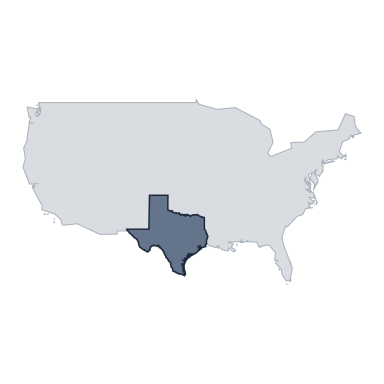 Texas highlighted on a map of United States of America
{"feature_id": "USA-3536", "entity_name": "Texas", "entity_type": "State", "adm_level": 1, "iso_a3": "USA", "parent_name": "United States of America", "parent_adm1": "", "projection": "natural_earth1", "projection_center": [-98.169, 31.172], "detail": "fine", "context": "in_parent", "style": "filled", "palette": "slate", "viewbox_px": 384, "rotation_deg": 0, "n_neighbors": 0, "source": "natural_earth", "source_scale": "10m", "svg_char_len": 9531}
<svg xmlns="http://www.w3.org/2000/svg" viewBox="0 0 384 384"><path d="M315.8,131.9L338.0,129.9L345.4,113.8L354.1,116.5L355.4,126.5L361.0,133.2L352.7,135.5L352.4,137.4L350.8,135.1L349.1,139.0L342.8,141.7L339.2,151.7L343.3,155.9L345.8,155.4L345.0,153.6L345.8,154.4L346.2,156.5L339.1,157.9L337.6,155.7L337.1,158.8L328.9,159.5L322.9,163.4L323.4,161.2L322.7,159.7L321.4,165.1L323.2,166.1L323.0,170.6L319.2,176.5L314.5,172.9L316.9,169.2L314.0,171.8L315.5,175.9L317.5,178.2L318.0,180.8L313.3,190.4L314.6,184.4L310.1,178.7L312.4,172.7L308.4,174.5L310.4,183.4L306.2,180.7L304.9,181.0L306.0,178.2L305.8,177.4L304.6,179.5L304.6,181.4L311.0,184.8L309.7,186.4L306.8,183.3L305.7,182.8L309.4,186.5L310.9,187.3L310.1,189.5L308.2,187.8L311.3,191.2L310.6,191.6L309.1,189.9L305.3,189.1L310.1,192.3L313.1,192.2L316.5,200.4L313.5,194.1L314.6,198.2L309.0,197.3L313.2,201.4L315.1,200.2L312.8,203.9L307.5,202.6L310.8,204.6L308.1,206.4L311.5,207.8L305.6,208.6L302.8,214.6L297.3,216.2L287.2,227.0L285.8,225.8L282.2,235.8L281.9,238.2L283.9,245.8L292.3,268.3L290.0,280.2L286.1,280.9L282.1,274.6L281.2,269.3L275.5,263.1L277.3,260.4L274.6,260.5L275.5,252.7L268.7,244.8L258.7,246.7L256.8,242.1L246.9,241.7L248.1,240.0L246.4,241.7L241.9,242.5L241.8,239.0L241.1,241.5L227.5,242.2L233.3,243.9L231.4,247.1L235.9,250.3L233.7,252.0L228.7,247.8L228.4,251.0L221.7,249.6L217.9,245.5L215.7,247.6L205.8,244.4L200.2,248.9L201.6,247.7L198.5,246.5L197.0,252.1L191.1,255.7L192.4,254.6L188.5,254.0L189.9,255.9L185.3,258.3L183.6,264.4L181.5,263.4L183.3,265.1L183.6,270.8L185.5,274.2L184.1,275.4L173.1,271.1L170.7,262.8L159.1,246.2L153.1,245.3L147.4,251.8L140.4,247.5L137.3,239.9L128.0,230.9L117.1,230.9L117.0,234.2L99.6,234.3L77.3,223.8L62.5,225.2L60.7,219.4L54.7,214.0L41.9,209.8L42.1,205.7L32.3,187.5L32.7,185.6L34.8,188.0L33.6,184.0L38.4,183.6L29.5,184.1L23.0,167.2L25.4,158.2L23.6,148.1L26.6,141.6L29.4,122.9L33.8,123.4L29.0,122.4L30.9,117.4L29.2,117.5L27.1,107.1L37.9,108.8L35.3,114.3L39.2,110.4L38.4,115.0L35.7,116.1L37.6,116.3L39.8,114.4L40.9,109.8L38.6,102.6L196.2,102.6L196.2,99.8L199.3,104.4L217.2,109.4L235.1,107.6L260.1,120.5L261.3,123.9L269.9,129.3L273.1,142.5L267.8,153.1L270.7,156.6L291.8,148.2L290.6,143.2L292.5,142.4L304.3,142.0L315.8,131.9ZM331.5,161.7L335.1,161.1L322.7,164.3L332.8,160.5L331.5,161.7ZM39.0,107.0L40.2,109.9L40.0,110.4L38.2,108.2L39.0,107.0ZM185.3,273.2L183.8,268.2L183.9,265.4L184.1,268.4L185.3,273.2ZM353.6,135.9L353.7,137.4L353.1,137.1L353.6,135.9ZM218.0,247.0L218.3,248.1L217.2,247.2L218.0,247.0ZM46.7,214.4L48.2,213.7L48.3,213.9L46.7,214.4ZM45.1,213.9L44.5,214.7L44.0,214.0L45.1,213.9ZM342.4,158.2L341.5,159.1L341.2,158.9L342.4,158.2ZM184.7,262.8L183.9,265.1L185.9,260.7L184.7,262.8ZM289.8,260.9L291.4,265.3L289.6,260.5L289.8,260.9ZM54.1,218.1L54.7,219.3L54.1,218.2L54.1,218.1ZM290.7,280.9L289.5,282.3L291.4,279.4L290.7,280.9ZM317.1,203.2L315.8,204.9L316.7,200.8L317.1,203.2ZM37.7,104.6L37.7,105.5L37.1,105.1L37.7,104.6ZM189.9,256.8L187.8,257.8L190.0,256.5L189.9,256.8ZM345.9,158.6L345.9,159.7L344.8,159.5L345.9,158.6ZM53.9,221.4L54.4,222.9L53.7,221.6L53.9,221.4ZM187.3,258.7L186.4,259.2L187.2,258.4L187.3,258.7ZM317.6,182.7L316.3,185.0L317.8,181.8L317.6,182.7ZM199.5,249.9L198.1,250.8L200.1,249.3L199.5,249.9ZM282.5,236.9L282.3,238.8L282.1,237.5L282.5,236.9ZM312.0,208.1L311.5,208.4L312.8,207.1L312.0,208.1ZM262.3,246.3L260.6,247.2L260.0,247.0L262.3,246.3ZM241.3,242.2L241.0,242.5L240.0,242.5L241.3,242.2ZM279.4,269.4L279.7,270.7L279.1,269.2L279.4,269.4ZM237.0,244.8L236.8,246.0L236.6,243.8L237.0,244.8ZM287.0,284.0L286.1,284.2L287.4,283.8L287.0,284.0ZM322.7,171.5L322.1,172.6L322.8,171.0L322.7,171.5ZM314.8,205.3L314.2,205.7L314.8,205.3Z" fill="#d9dde1" stroke="#a8b0b8" stroke-width="1"/><path d="M127.9,231.0L127.1,230.4L126.7,229.2L148.9,229.2L149.5,195.3L167.9,195.3L167.8,209.8L168.6,209.9L169.8,211.1L170.3,211.2L170.6,211.0L171.4,211.3L171.6,210.7L172.0,210.9L172.3,211.0L172.8,211.7L172.7,212.2L172.9,212.5L174.1,212.5L175.6,213.1L176.5,212.9L177.0,213.6L177.5,213.5L177.9,213.0L178.8,213.1L179.4,213.0L179.5,213.9L180.3,214.2L180.3,214.9L180.5,215.1L181.0,215.1L182.2,214.2L182.5,214.3L182.6,214.8L183.3,214.9L183.5,215.4L184.0,215.4L184.3,215.0L184.5,215.2L184.9,214.8L185.1,215.1L184.9,215.7L185.3,216.2L185.6,216.1L185.8,215.4L185.7,215.2L186.1,215.2L186.3,214.6L186.6,214.4L186.8,214.6L187.1,215.1L187.7,215.3L188.1,215.2L188.3,214.8L188.6,214.8L188.7,215.3L189.1,215.5L189.8,215.7L190.3,216.4L190.4,216.2L190.5,215.9L191.0,215.9L191.4,215.4L192.0,215.3L192.7,214.9L193.1,215.2L193.6,215.2L193.7,214.9L194.6,214.7L195.0,214.7L195.0,214.9L195.4,215.1L196.2,215.1L196.4,214.9L196.8,214.8L196.8,214.5L197.0,214.4L198.2,215.1L198.6,215.2L199.2,216.0L199.9,216.1L200.2,216.4L201.7,216.8L201.9,217.2L202.2,217.2L202.2,217.4L202.5,217.4L202.7,217.2L203.1,217.3L203.4,217.2L204.3,217.5L204.4,229.2L205.3,230.1L205.7,230.8L205.9,231.4L205.8,232.3L206.4,232.8L206.3,233.2L206.9,233.9L206.7,234.3L207.0,234.6L207.2,235.2L207.5,235.3L207.5,236.0L207.8,236.4L207.4,236.7L207.6,237.2L207.4,237.5L207.4,238.1L206.7,239.7L206.5,240.0L206.6,240.7L206.3,241.5L206.6,242.3L206.6,243.7L206.1,244.4L205.7,244.4L205.3,245.3L205.3,246.0L205.6,246.4L205.7,246.6L204.2,246.8L200.8,248.4L200.2,249.0L200.0,248.9L200.5,248.3L201.3,247.9L201.8,247.8L201.9,247.5L201.7,247.7L201.4,247.5L200.0,247.8L200.0,247.7L200.4,247.2L200.6,246.6L200.3,245.9L199.9,245.9L199.4,246.8L199.2,246.9L199.0,246.6L198.3,246.2L198.3,246.4L198.8,246.7L198.6,247.0L198.8,247.2L198.5,247.7L199.2,248.1L198.9,248.3L199.0,248.6L199.4,248.8L199.8,249.0L199.4,249.0L199.2,249.4L198.0,250.5L197.6,250.2L197.8,250.5L197.7,251.5L196.4,252.7L195.0,253.6L194.4,253.8L193.6,253.8L192.8,254.2L192.9,254.6L194.3,254.0L193.5,254.5L192.5,254.9L191.2,255.7L191.5,255.3L192.6,254.7L192.3,254.4L191.1,254.9L191.7,254.6L191.2,254.6L191.3,254.1L190.8,254.3L190.9,254.2L190.4,254.6L190.1,254.2L190.1,253.8L189.9,253.8L189.7,253.6L189.9,254.0L190.0,254.0L189.9,254.5L190.2,254.6L189.8,254.9L189.4,255.0L189.7,254.8L189.7,254.6L189.4,254.5L189.1,254.5L188.9,254.0L188.5,253.8L188.7,254.6L188.7,255.0L189.3,255.2L189.4,255.5L189.1,255.7L189.1,255.8L189.6,255.6L190.0,255.9L190.0,256.1L188.4,256.9L188.2,256.8L188.1,256.3L187.9,256.3L187.6,255.7L187.5,255.9L187.7,256.3L187.3,256.2L187.7,256.9L187.5,257.2L187.7,257.5L187.0,258.2L186.6,258.4L186.9,257.9L186.8,257.7L186.9,257.4L186.5,257.7L186.6,257.9L186.5,258.3L186.2,258.3L186.2,257.8L185.6,258.2L185.2,258.2L185.3,258.3L184.9,258.8L185.3,259.0L185.4,259.3L185.6,258.8L186.1,258.5L186.1,259.1L185.2,260.6L184.9,260.7L185.0,260.6L184.6,260.3L184.1,260.4L183.4,260.4L183.1,260.3L183.3,260.6L183.9,260.5L184.0,261.2L184.7,261.7L183.7,264.4L183.1,264.8L182.9,264.7L183.2,264.5L183.1,264.4L183.4,264.3L183.3,264.2L183.3,263.9L182.4,264.6L181.8,263.7L181.5,263.4L182.0,264.3L181.9,264.5L182.1,264.5L181.9,264.7L181.5,264.6L182.8,265.1L183.7,264.9L183.5,265.6L183.5,265.9L183.2,266.1L183.3,266.7L182.8,266.9L182.9,267.5L183.3,267.8L183.2,268.0L182.9,267.6L182.8,268.1L183.2,268.5L183.7,270.6L183.4,270.7L183.6,270.8L183.5,271.3L184.0,271.6L184.0,271.9L184.1,272.3L184.4,272.4L184.3,272.6L184.4,273.5L185.0,273.7L184.9,273.9L184.7,274.4L184.9,274.6L185.1,274.3L185.2,273.9L185.4,273.9L185.5,274.6L184.7,274.7L184.4,275.0L184.3,274.9L184.1,275.1L184.2,275.5L183.1,275.1L182.2,274.2L181.5,274.1L181.3,274.0L180.0,274.0L179.7,274.1L179.6,273.9L178.7,273.9L178.2,273.6L177.9,273.2L177.7,273.2L177.8,273.0L177.4,272.8L177.2,272.7L177.1,272.9L176.4,272.5L176.0,272.6L175.1,271.6L174.5,271.7L174.3,271.5L174.2,271.6L174.0,271.4L173.7,271.5L173.1,271.2L173.2,270.8L173.1,270.5L172.8,270.4L172.3,268.2L171.4,267.2L171.3,266.8L170.9,266.5L171.1,265.3L171.0,264.9L170.6,264.5L170.9,263.7L170.8,263.2L170.6,263.1L170.6,262.5L170.1,262.0L169.8,262.1L169.7,261.9L169.2,261.4L168.6,261.0L168.3,260.4L168.3,260.1L168.0,259.8L168.1,259.5L167.7,259.3L167.3,258.3L166.4,257.8L166.3,257.5L165.9,257.3L165.9,256.9L165.4,255.7L165.6,255.5L165.2,255.3L165.1,254.8L164.8,254.6L164.6,254.0L164.3,253.1L164.1,253.0L164.1,252.8L163.8,252.4L163.5,250.9L162.9,250.5L162.7,249.9L161.4,248.9L161.2,248.3L160.1,247.8L160.0,247.1L159.5,247.3L159.6,246.9L159.2,246.8L159.0,245.9L158.7,246.0L158.5,245.8L158.1,246.0L158.2,245.8L158.1,245.6L158.0,245.9L157.5,246.0L156.5,245.7L154.6,245.8L153.3,245.1L153.0,245.3L152.7,245.9L152.1,245.9L151.9,246.1L151.0,246.3L150.0,248.4L150.0,249.0L149.8,249.2L149.6,249.8L149.9,250.1L149.1,250.5L148.9,250.9L148.4,251.4L148.2,251.8L147.1,251.8L147.1,251.6L146.9,251.5L146.6,251.6L145.6,250.6L144.8,250.5L144.2,250.1L144.2,249.7L143.3,249.6L142.5,249.3L141.2,247.8L140.7,247.9L140.1,247.4L139.6,246.8L139.3,245.9L138.7,244.7L138.6,243.9L138.7,242.8L137.7,241.2L137.6,240.5L137.2,239.7L136.9,239.6L136.7,239.2L136.2,238.9L135.5,238.2L135.3,238.2L134.6,237.9L133.4,236.7L133.2,236.2L132.1,235.4L130.9,233.9L129.4,233.1L128.6,231.3L128.1,231.0L127.9,231.0ZM185.4,261.3L185.9,260.6L186.0,260.6L185.2,262.0L184.7,263.2L184.1,265.1L183.8,265.2L184.0,264.3L184.8,262.2L184.7,261.9L185.0,262.1L185.4,261.3ZM185.1,272.4L185.3,273.7L184.7,270.9L184.1,269.0L184.1,268.6L183.8,268.2L183.8,265.9L183.9,265.4L184.0,265.3L184.0,267.4L184.2,268.7L185.1,272.4ZM189.9,256.4L190.0,256.4L189.9,256.9L188.1,258.0L187.3,258.8L187.5,258.3L187.5,257.9L188.1,257.7L189.3,256.8L189.8,256.8L189.9,256.4ZM199.7,249.1L200.4,249.3L198.0,251.1L198.2,250.8L199.8,249.4L199.7,249.1ZM187.0,258.4L187.3,258.4L187.2,258.8L186.1,260.5L186.1,260.1L186.6,259.4L187.0,258.4ZM190.2,256.3L190.6,255.9L191.1,255.7L190.7,256.0L190.2,256.3Z" fill="#64748b" stroke="#1e293b" stroke-width="1.5"/></svg>